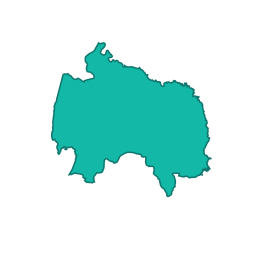 outline of Sanamxay, Attapu, Laos, rotated 140°
{"feature_id": "54806243B21104398525557", "entity_name": "Sanamxay", "entity_type": "district", "adm_level": 2, "iso_a3": "LAO", "parent_name": "Laos", "parent_adm1": "Attapu", "projection": "robinson", "projection_center": [106.401, 14.728], "detail": "fine", "context": "isolated", "style": "filled", "palette": "teal", "viewbox_px": 256, "rotation_deg": 140, "n_neighbors": 0, "source": "geoboundaries", "source_scale": "gbopen_adm2", "svg_char_len": 5735}
<svg xmlns="http://www.w3.org/2000/svg" viewBox="0 0 256 256"><g transform="rotate(140 128 128)"><path d="M62.7,84.6L62.1,87.5L61.0,88.3L60.8,90.0L60.3,91.2L59.1,91.8L59.2,92.7L59.0,93.4L57.0,96.6L57.0,97.6L56.4,97.4L55.7,98.3L55.8,99.2L55.5,100.5L56.4,101.5L55.6,103.5L55.8,104.1L56.4,104.2L56.7,104.6L55.8,105.7L53.8,106.1L54.7,107.5L55.8,107.2L56.1,107.4L55.7,108.8L55.9,109.4L57.3,110.0L57.7,109.9L58.0,110.2L57.8,110.6L56.8,111.5L56.8,111.9L56.3,112.1L56.0,112.6L54.7,112.2L54.7,112.5L55.1,112.9L55.1,113.2L54.1,114.0L53.3,114.3L52.9,115.3L53.0,115.7L53.8,116.0L53.5,116.8L53.8,117.8L54.4,118.0L54.7,118.5L54.7,120.0L54.1,120.9L55.2,121.6L55.3,122.2L55.9,121.9L55.5,123.3L55.0,123.6L54.5,124.8L55.8,125.8L56.4,124.5L57.0,124.2L57.3,124.5L58.2,124.1L58.8,125.2L57.9,125.1L58.4,126.0L58.1,126.6L58.9,126.6L58.6,127.2L58.9,127.9L59.7,127.7L59.4,129.0L59.6,129.9L60.7,130.1L61.0,131.2L61.6,132.2L61.6,132.7L62.0,133.2L61.5,133.7L62.3,134.8L63.0,134.7L63.6,134.1L64.8,134.4L65.3,134.8L65.9,134.6L67.6,137.5L69.0,137.3L68.9,137.9L69.1,138.4L71.1,139.0L72.0,138.8L73.4,136.9L75.0,137.9L75.1,139.5L74.6,141.2L73.9,142.1L74.0,143.0L74.6,143.2L75.2,144.0L76.2,144.6L76.0,146.3L76.3,146.9L77.4,146.4L78.3,147.4L78.6,149.3L79.7,149.7L80.1,150.3L80.1,151.2L80.5,151.9L80.6,153.7L80.4,154.5L79.9,155.3L78.8,156.1L80.1,157.0L79.6,159.6L79.9,160.7L79.7,163.0L80.7,164.8L80.3,166.8L81.8,166.9L82.5,167.4L83.3,168.9L84.1,169.7L85.4,172.1L87.9,174.1L89.1,174.6L89.4,175.8L90.4,176.5L90.2,177.6L90.4,178.0L91.1,177.1L91.7,177.2L92.2,177.7L92.3,178.7L91.4,179.7L91.4,181.3L91.6,182.4L92.8,184.1L92.9,184.8L92.6,185.8L93.1,187.0L95.1,187.5L95.4,187.9L95.3,189.4L95.6,189.8L98.1,189.4L99.2,190.5L98.8,193.4L98.3,194.1L97.7,194.1L95.0,192.8L94.4,192.8L93.8,193.2L93.7,194.8L94.0,197.1L93.5,200.2L93.9,200.7L94.7,200.9L97.6,199.1L98.9,199.1L99.8,199.7L100.6,201.1L100.9,202.3L100.7,203.3L99.9,204.0L97.7,205.1L95.4,205.1L93.7,205.4L91.8,206.6L91.5,207.2L91.6,208.2L92.2,209.0L95.2,210.4L95.8,212.0L104.2,208.9L106.3,209.0L110.8,209.9L114.6,209.8L115.4,209.4L117.8,206.4L118.0,205.1L117.8,203.5L118.0,203.0L121.5,200.5L122.7,198.4L122.8,197.6L122.6,196.8L121.3,195.5L120.8,194.6L120.1,191.1L120.4,190.0L121.4,188.5L122.0,188.2L123.1,188.4L125.9,190.0L130.7,192.1L131.4,192.1L131.9,191.5L133.0,193.4L133.2,195.3L134.3,198.0L134.8,198.5L136.4,198.6L137.1,199.0L137.9,200.1L138.3,202.1L138.3,204.9L139.0,206.1L139.2,208.4L141.2,208.9L141.5,209.8L142.1,210.4L143.5,210.5L163.8,196.1L165.6,194.5L166.8,194.0L167.8,193.9L169.1,192.7L170.7,192.1L171.6,190.2L173.0,189.4L173.2,188.9L173.8,188.7L175.5,186.5L177.2,185.1L182.0,180.6L183.8,177.9L184.8,177.5L187.2,174.3L188.5,174.0L190.5,172.2L191.9,170.4L193.2,168.1L193.2,166.8L191.8,166.7L191.4,166.4L191.9,164.8L191.7,163.7L191.8,162.8L191.5,161.8L191.7,160.9L192.2,160.4L193.1,160.2L194.7,159.2L194.9,158.4L195.6,157.7L195.7,156.2L196.6,154.9L197.9,153.8L197.8,152.4L197.1,152.3L195.5,153.2L194.1,153.7L193.5,154.5L192.6,154.9L191.8,155.0L190.8,154.4L188.8,154.9L188.5,154.0L189.0,153.1L189.9,152.3L189.8,151.8L189.1,151.1L188.7,151.0L187.6,152.4L187.0,152.4L186.2,151.2L184.3,150.2L183.3,149.9L183.1,149.4L183.3,148.5L183.2,147.3L182.5,145.8L182.7,145.3L182.5,144.8L184.0,144.3L183.9,143.9L185.0,142.1L185.1,141.6L184.6,140.6L185.2,140.3L185.4,139.6L186.0,139.8L186.4,139.0L188.2,137.9L189.0,136.8L197.4,132.1L203.1,130.1L201.4,128.9L197.9,127.7L195.0,124.4L193.5,122.6L192.9,121.4L192.9,120.3L194.0,119.3L193.9,118.8L194.1,118.7L193.8,117.8L193.4,117.7L193.4,117.2L193.1,116.6L193.5,116.6L193.8,115.9L194.2,115.6L194.8,115.7L194.8,115.2L195.0,114.9L194.6,112.9L193.5,112.2L192.9,111.3L191.5,110.2L190.7,109.0L190.0,109.0L188.3,108.3L188.0,109.6L187.1,110.4L186.3,112.0L185.7,112.6L180.7,113.7L178.8,112.0L176.5,110.9L175.9,110.9L172.0,113.0L167.7,117.8L166.3,118.6L164.8,118.7L164.0,118.0L163.2,114.9L162.4,113.1L161.1,112.1L161.3,110.8L161.1,109.9L160.7,109.6L159.0,109.4L158.2,108.9L153.5,111.0L151.5,111.6L147.6,110.9L144.5,109.9L143.2,109.2L140.1,106.1L139.2,105.0L138.0,102.7L137.1,102.1L136.6,101.1L135.2,99.5L135.1,98.7L135.7,97.8L135.7,96.9L135.4,96.3L133.5,95.1L133.1,94.6L133.1,94.1L136.7,90.1L137.6,87.9L136.7,85.2L133.5,82.6L133.5,81.1L135.3,78.6L137.7,76.8L137.7,75.1L136.9,71.7L136.9,71.2L137.6,69.7L137.2,68.9L137.3,67.8L139.7,63.6L140.2,61.4L140.2,60.3L139.5,58.3L140.2,54.9L140.4,52.9L140.6,52.4L141.7,51.4L141.5,50.0L141.2,49.8L140.0,49.3L137.4,49.2L135.6,50.9L134.8,51.3L133.6,51.4L132.6,52.5L131.4,52.9L130.1,52.8L129.4,53.0L128.8,54.3L127.1,55.4L125.7,57.1L123.7,61.3L123.7,63.9L123.1,64.4L122.5,64.4L118.0,60.6L117.9,60.0L119.5,59.2L119.9,58.5L118.8,57.7L118.4,56.7L117.6,55.5L115.5,54.1L114.2,53.6L113.6,52.5L113.2,50.9L112.6,50.1L111.1,49.4L110.1,48.5L108.7,47.8L108.3,47.1L107.0,46.7L105.4,46.8L103.3,45.8L102.3,45.9L101.3,44.4L101.0,44.8L101.2,46.4L100.8,46.6L99.8,46.3L98.8,46.8L97.3,46.9L97.7,48.0L97.2,48.2L96.4,47.1L95.8,45.4L95.4,47.2L95.0,47.4L95.0,44.4L94.8,44.2L94.6,44.1L94.1,44.6L93.9,45.4L93.5,45.8L93.3,45.7L93.2,44.5L92.7,45.2L92.7,46.1L92.3,46.3L92.1,45.8L92.2,44.3L91.7,44.0L91.4,44.4L91.5,45.5L91.1,46.3L91.3,47.5L91.0,48.9L90.4,49.5L89.7,51.0L89.0,51.2L88.6,51.0L87.4,52.0L85.9,52.3L84.3,51.4L84.3,52.0L84.6,52.6L85.5,52.9L85.7,53.3L85.8,54.3L85.5,54.8L85.8,55.3L85.3,56.1L86.2,57.3L86.3,58.6L86.0,59.8L85.2,60.6L85.2,61.0L84.7,61.8L84.3,61.8L84.4,62.3L82.9,63.2L81.4,63.4L80.0,64.4L79.0,64.5L78.5,65.0L77.4,65.4L76.7,66.0L74.8,66.0L73.7,67.0L72.2,67.7L72.0,68.0L72.7,69.7L72.8,70.5L71.3,70.9L71.2,72.1L70.6,72.3L70.1,73.4L69.2,73.7L68.6,74.2L67.8,75.9L66.9,76.2L66.8,76.5L67.1,77.4L66.9,78.2L67.2,78.6L67.1,79.0L66.3,80.3L65.9,80.2L65.5,80.6L64.7,80.6L63.9,81.4L63.7,82.1L63.0,83.0L63.5,84.3L62.7,84.6Z" fill="#14b8a6" stroke="#0f766e" stroke-width="1.5"/></g></svg>